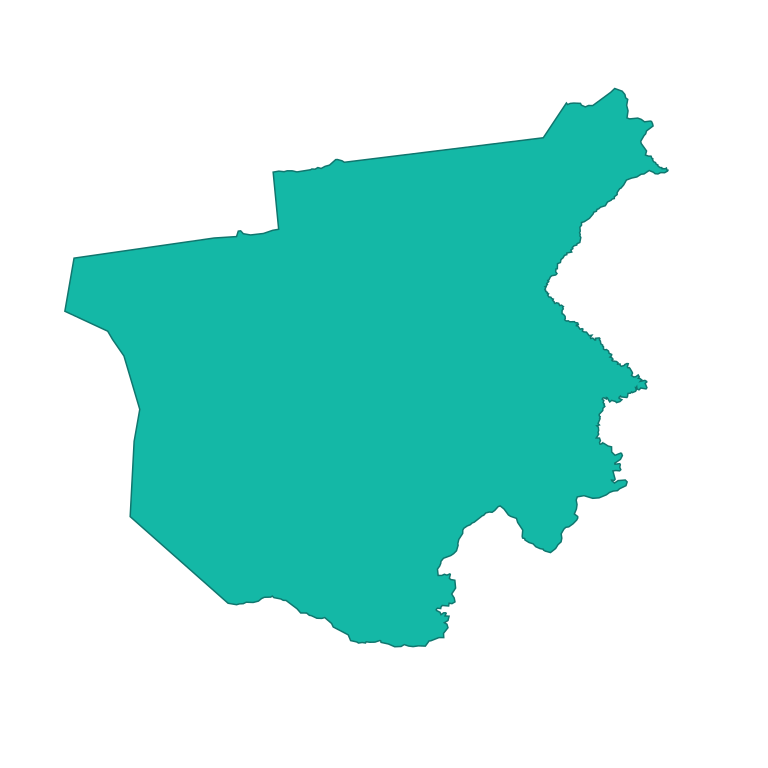 Goudiry, Tambacounda, Senegal (Natural Earth projection), rotated 263°
{"feature_id": "50182788B18390590381778", "entity_name": "Goudiry", "entity_type": "district", "adm_level": 2, "iso_a3": "SEN", "parent_name": "Senegal", "parent_adm1": "Tambacounda", "projection": "natural_earth1", "projection_center": [-12.97, 13.973], "detail": "fine", "context": "isolated", "style": "filled", "palette": "teal", "viewbox_px": 768, "rotation_deg": 263, "n_neighbors": 0, "source": "geoboundaries", "source_scale": "gbopen_adm2", "svg_char_len": 6168}
<svg xmlns="http://www.w3.org/2000/svg" viewBox="0 0 768 768"><g transform="rotate(263 384 384)"><path d="M495.1,76.1L470.1,116.2L461.1,120.1L443.5,129.3L388.6,138.5L357.5,129.0L283.3,115.9L185.4,202.5L182.9,210.8L183.4,213.8L183.1,217.5L184.2,220.7L183.1,227.5L183.8,232.9L186.0,236.4L186.9,239.3L186.3,245.6L187.1,247.3L185.4,248.7L183.2,255.4L181.6,257.6L181.1,260.4L171.5,270.3L166.9,273.4L166.1,279.3L163.5,281.7L163.0,283.5L159.7,288.8L158.9,293.7L159.4,296.7L152.7,302.8L149.0,304.0L139.4,317.9L133.4,319.6L131.3,325.5L130.0,327.1L130.1,330.8L129.2,334.1L130.3,334.9L129.4,338.4L128.9,343.6L129.9,348.7L129.4,349.4L127.9,349.6L125.4,356.7L121.9,362.6L121.4,369.0L122.9,372.3L120.9,376.5L119.8,380.9L119.9,386.3L118.8,393.1L123.5,397.5L123.4,399.1L125.6,407.6L125.0,412.4L129.3,412.7L134.3,417.8L137.9,417.2L139.7,414.8L141.5,418.7L145.6,420.3L146.4,416.3L148.9,417.8L149.5,417.0L149.6,415.2L148.1,412.5L150.6,411.8L152.8,408.5L153.8,408.3L155.0,409.7L154.2,412.9L155.6,413.3L157.1,414.8L155.8,421.1L158.5,421.9L157.7,424.7L159.1,427.9L163.1,427.6L167.3,425.6L172.7,430.2L180.6,430.4L181.8,426.4L183.2,425.2L186.9,426.6L187.5,426.2L186.6,423.2L187.8,420.7L186.9,418.1L187.4,414.4L193.8,414.5L196.4,417.0L199.1,418.5L201.0,418.9L203.8,421.8L205.6,429.4L207.1,432.4L209.6,435.6L214.9,437.9L216.5,437.8L220.6,439.3L226.1,443.9L229.4,444.4L231.1,445.7L233.0,449.4L233.8,452.5L235.3,454.5L235.9,456.8L241.3,465.6L241.5,466.9L243.6,469.3L244.1,472.9L243.5,475.7L245.0,478.5L248.4,482.4L248.8,484.5L245.3,487.9L238.9,491.5L237.3,493.4L234.5,499.1L230.3,499.8L222.1,503.9L216.0,502.6L214.2,502.8L213.5,504.8L212.0,504.9L209.0,508.6L207.2,512.5L204.0,514.8L201.6,518.8L200.6,521.9L199.7,522.1L198.5,523.7L196.4,528.7L199.8,534.3L203.3,537.1L205.7,540.5L209.3,541.7L213.7,541.6L218.0,544.8L219.6,547.0L219.7,550.0L222.2,554.6L225.5,558.7L227.4,560.0L228.9,560.1L231.8,557.1L236.6,559.8L240.8,560.9L245.4,560.6L248.4,562.1L248.8,568.9L245.1,577.2L244.8,583.6L246.9,591.2L248.9,594.7L249.8,598.6L249.7,602.8L251.3,605.0L253.6,611.8L257.2,613.4L259.3,611.8L259.6,604.6L257.6,600.7L260.4,598.2L260.9,598.1L260.3,600.7L261.3,601.8L269.8,600.6L269.9,603.5L269.1,607.3L270.1,608.6L272.7,607.8L275.1,608.7L276.2,608.3L276.2,603.5L277.3,603.4L280.4,609.5L283.9,611.9L286.2,611.3L286.6,610.6L285.1,604.6L288.8,601.7L293.9,602.2L295.1,598.9L298.3,595.0L298.3,594.0L299.0,593.9L297.8,591.8L298.1,590.9L299.8,590.8L301.3,591.9L304.1,591.3L304.6,588.1L308.1,591.0L309.8,590.5L311.8,591.4L315.1,591.5L316.6,590.1L317.1,592.8L318.8,591.7L323.2,594.2L323.7,593.8L325.2,594.6L326.1,593.8L327.7,593.9L331.0,597.9L333.2,598.3L334.9,600.5L336.5,599.7L337.2,600.3L338.8,599.2L341.0,600.2L342.1,598.8L343.1,599.1L343.6,600.5L342.1,602.8L343.5,603.1L343.2,603.8L338.7,605.9L340.0,608.0L338.4,611.7L337.2,612.5L337.8,616.0L339.4,618.2L341.1,615.6L342.1,615.7L343.0,616.8L343.2,617.3L342.4,617.4L341.0,623.4L341.7,624.1L344.9,625.0L344.9,627.6L345.9,628.8L345.2,629.5L346.1,632.8L347.4,633.7L349.9,633.2L349.7,634.0L350.4,634.5L348.4,634.5L347.3,635.9L347.2,636.7L348.7,638.3L347.2,643.5L348.3,644.5L352.8,643.3L354.0,645.1L354.6,645.0L355.8,643.4L355.4,638.8L356.7,640.3L358.3,638.6L358.7,637.1L360.0,638.2L362.0,637.4L360.6,634.9L360.5,632.7L362.3,630.7L364.5,632.0L365.4,631.8L369.6,630.0L370.4,629.3L370.3,628.2L371.3,627.6L374.4,628.9L374.7,627.6L374.0,625.4L373.2,624.8L372.6,621.8L373.7,620.8L375.1,620.7L375.2,618.3L376.6,618.9L378.0,617.5L379.1,613.5L379.9,613.0L380.8,614.3L382.6,613.1L383.2,611.6L384.4,613.2L385.6,613.6L387.0,611.2L389.4,610.8L391.1,609.0L391.0,607.5L391.8,606.1L394.2,606.4L394.9,605.6L395.9,605.8L397.5,604.1L400.3,604.0L401.5,603.2L402.8,603.8L403.5,603.3L403.6,599.5L402.0,599.5L401.8,598.8L404.1,596.8L404.0,594.7L405.2,594.6L407.1,596.3L407.0,593.5L410.8,591.3L411.4,588.6L412.3,587.4L414.3,588.1L414.8,587.4L414.5,585.3L417.9,583.5L418.4,582.0L419.1,582.2L419.4,584.1L421.0,583.7L421.7,581.3L422.7,580.5L423.1,576.0L424.3,574.5L424.2,573.0L425.1,571.6L426.0,571.2L426.8,571.9L429.1,572.0L431.3,570.6L432.1,569.3L435.3,569.7L436.7,571.1L438.2,570.6L438.9,571.5L440.6,569.8L440.5,567.9L442.8,567.2L443.6,565.0L443.1,563.5L443.6,563.0L444.9,562.9L446.4,561.6L447.6,562.4L448.4,560.9L449.8,560.2L450.3,558.3L452.2,557.3L453.4,558.3L454.1,557.1L455.0,557.4L456.2,555.8L457.4,555.9L458.0,555.1L460.2,556.4L460.9,555.8L461.0,556.9L462.3,557.4L462.8,558.3L463.9,557.7L465.5,559.9L466.4,559.2L466.8,559.1L467.1,560.3L469.9,562.1L471.0,563.6L471.3,567.7L472.5,569.2L474.3,568.1L475.6,568.3L477.2,568.7L477.3,570.1L482.3,570.9L483.1,573.9L485.9,574.8L487.5,577.2L489.7,578.8L490.1,581.2L491.7,581.4L492.1,586.4L494.2,585.8L495.3,587.9L496.4,587.5L498.1,589.6L498.4,592.2L499.8,592.8L500.6,595.6L505.5,597.2L507.1,596.5L508.7,597.0L510.2,596.5L511.8,597.4L515.7,597.5L517.5,599.4L520.2,599.7L520.7,602.6L523.4,608.1L527.5,612.5L528.9,613.0L529.6,615.9L531.4,616.7L531.7,618.4L533.1,620.4L534.0,625.4L537.4,628.0L538.7,631.8L539.8,633.1L540.0,635.2L541.8,635.5L543.6,638.5L545.6,638.7L549.2,641.8L549.4,642.9L552.3,646.1L556.9,649.5L558.2,654.8L558.7,660.2L560.9,664.8L560.8,667.7L563.6,673.2L561.3,677.2L559.7,678.7L559.1,681.5L560.1,684.4L559.5,688.3L560.8,691.4L561.6,691.9L562.1,690.8L563.9,690.6L563.4,689.4L563.8,686.2L564.9,686.1L565.3,684.1L567.4,682.2L568.0,682.5L569.3,680.8L570.7,680.5L571.7,678.8L573.5,677.9L574.7,678.3L575.1,677.5L577.6,676.8L577.9,674.4L579.4,671.4L583.3,673.0L591.4,668.6L593.6,668.4L598.9,672.4L600.4,674.2L603.2,675.4L607.3,682.5L609.5,682.3L612.0,681.5L612.5,680.3L612.5,674.5L615.3,671.6L617.0,668.3L617.2,660.1L618.5,657.6L625.4,659.5L631.0,658.8L636.8,660.6L638.6,658.7L642.0,658.4L645.6,656.1L649.2,649.0L645.9,644.6L634.9,625.1L635.5,621.0L634.5,617.6L636.7,613.9L638.6,613.2L639.7,606.6L639.8,603.0L639.0,600.3L640.7,599.3L609.0,572.1L608.9,371.7L610.7,369.5L612.5,365.1L612.6,363.4L607.9,356.6L607.2,352.0L605.6,347.9L606.9,344.7L605.6,341.8L606.2,338.6L605.6,337.2L605.1,323.4L606.7,319.2L607.4,313.9L606.9,310.7L608.1,305.5L607.8,299.8L550.4,298.3L550.1,292.2L548.1,282.7L548.2,269.7L550.3,262.7L553.5,260.4L553.5,258.0L548.3,255.6L549.6,233.1L546.7,91.7L495.1,76.1Z" fill="#14b8a6" stroke="#0f766e" stroke-width="1.5"/></g></svg>